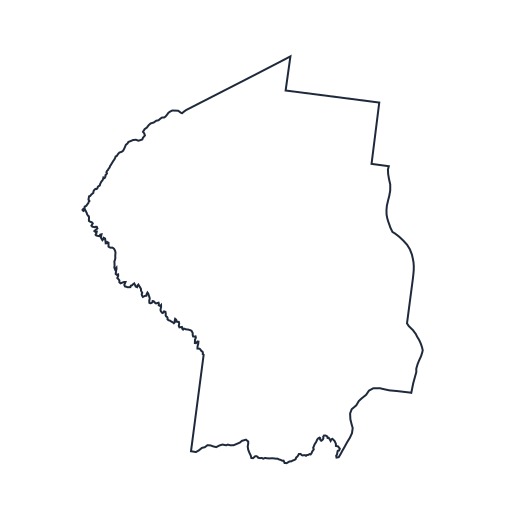 outline of Paoy Paet, Bântéay Méanchey, Cambodia, rotated 8°
{"feature_id": "14789045B48513904069909", "entity_name": "Paoy Paet", "entity_type": "district", "adm_level": 2, "iso_a3": "KHM", "parent_name": "Cambodia", "parent_adm1": "Bântéay Méanchey", "projection": "equal_earth", "projection_center": [102.631, 13.649], "detail": "fine", "context": "isolated", "style": "outline", "palette": "slate", "viewbox_px": 512, "rotation_deg": 8, "n_neighbors": 0, "source": "geoboundaries", "source_scale": "gbopen_adm2", "svg_char_len": 5735}
<svg xmlns="http://www.w3.org/2000/svg" viewBox="0 0 512 512"><g transform="rotate(8 256 256)"><path d="M262.3,53.5L258.6,56.2L225.2,79.9L166.6,121.1L164.8,122.8L162.9,124.9L161.7,124.6L158.8,123.0L156.2,123.2L152.8,123.6L150.9,124.9L149.3,126.4L148.4,128.2L147.0,130.5L145.8,131.6L143.6,132.0L142.4,133.1L140.5,135.2L138.4,135.9L136.2,138.0L134.3,138.9L133.3,139.3L131.5,141.4L130.0,144.1L128.1,145.8L126.8,148.8L128.3,150.2L129.2,152.1L127.6,154.6L127.2,156.4L125.1,157.5L123.4,158.2L120.9,157.6L118.0,158.3L116.1,159.5L113.7,160.9L113.1,162.5L111.7,163.9L110.7,167.6L109.8,170.2L108.5,171.5L106.3,172.6L105.0,174.5L104.4,176.1L103.1,177.0L102.9,178.4L102.3,180.1L101.4,181.8L100.2,184.6L99.6,186.1L99.0,187.1L98.7,188.8L97.9,190.0L97.4,191.5L96.6,192.5L96.2,193.9L96.9,194.8L96.4,196.0L95.7,196.8L95.8,198.4L95.2,199.9L94.0,199.5L93.9,200.8L93.4,202.6L92.5,203.8L92.1,205.0L91.6,206.6L91.5,207.9L90.6,208.6L89.8,209.4L89.5,210.9L88.8,211.9L87.7,211.9L86.8,212.9L86.1,214.4L86.1,216.2L85.2,217.1L84.3,218.1L83.5,219.6L82.4,220.1L82.3,221.8L82.3,223.6L83.4,224.7L82.8,225.7L82.5,227.1L81.7,228.4L81.0,229.9L79.5,230.9L79.6,232.5L78.5,233.3L77.8,234.5L78.8,235.4L80.4,234.1L81.5,235.7L82.4,237.0L82.9,238.1L84.0,239.5L84.9,239.9L85.4,241.6L85.4,242.9L85.7,244.5L86.8,245.1L88.8,245.5L89.8,246.4L88.8,248.9L89.9,249.8L91.1,249.8L92.5,249.9L93.3,249.3L94.3,249.3L95.1,250.8L94.2,251.9L93.4,252.7L92.5,253.8L93.8,254.6L94.9,254.2L94.8,255.5L94.2,257.3L95.0,257.9L96.6,258.1L98.3,258.2L98.8,256.5L100.0,256.0L99.9,257.4L99.7,258.7L100.2,259.9L101.7,261.7L102.5,260.5L102.6,259.2L104.1,259.7L104.9,262.4L105.4,264.4L106.4,264.2L106.8,262.9L108.1,263.4L108.4,265.3L108.6,267.2L109.8,267.8L111.0,268.0L112.5,267.7L113.3,268.0L113.5,268.1L114.4,268.6L115.8,270.5L116.4,272.3L116.5,274.0L116.6,275.5L117.0,277.6L116.9,279.4L116.5,281.1L116.9,283.0L117.3,285.4L117.3,287.1L118.3,288.9L119.4,287.0L119.7,288.5L119.4,289.8L119.6,290.9L119.5,293.2L120.6,294.0L122.0,293.4L122.3,294.9L121.7,297.1L122.9,298.0L124.1,299.2L124.4,301.1L125.7,301.9L126.9,301.2L128.7,300.2L130.4,299.9L129.9,301.8L129.6,303.0L130.5,304.4L131.9,304.5L133.0,304.8L134.4,304.6L135.9,304.3L136.2,302.8L137.3,302.3L138.3,301.0L139.2,300.1L140.3,301.6L141.1,303.0L142.6,303.4L142.8,301.7L143.5,300.7L144.1,301.5L145.1,302.6L146.0,303.7L146.7,304.7L146.9,306.2L148.5,308.4L148.1,309.6L148.6,311.0L149.7,312.3L150.6,311.6L151.6,311.0L153.0,310.6L153.0,309.0L153.6,307.3L154.5,308.2L155.1,309.5L155.9,311.0L156.7,312.8L156.5,315.3L157.0,317.3L158.0,317.5L158.9,317.1L159.9,316.3L159.9,315.0L160.9,315.0L161.9,315.7L162.8,316.6L163.6,316.9L165.2,316.1L166.0,315.8L166.5,317.0L166.5,318.3L168.0,318.9L168.8,317.8L169.1,319.6L168.9,322.6L169.5,324.0L171.2,325.5L172.1,325.0L172.7,323.6L174.1,323.9L174.7,325.8L174.8,327.4L175.5,328.4L176.4,328.7L177.1,329.7L177.2,331.1L178.4,331.8L179.9,332.0L181.2,332.7L182.8,333.2L184.0,334.0L184.9,332.8L184.5,331.3L184.7,329.5L185.8,330.2L186.3,331.2L187.0,332.2L188.7,332.0L189.4,333.7L189.2,335.9L190.1,337.3L191.4,336.9L192.5,336.6L193.1,338.3L194.0,339.0L194.7,337.9L195.7,338.1L196.7,338.4L198.2,338.3L199.2,338.3L201.1,338.6L202.5,339.0L203.4,340.2L204.0,341.1L204.4,343.3L204.9,344.4L206.2,344.4L207.3,344.0L207.8,345.3L207.2,347.5L207.4,349.0L207.6,350.7L208.7,350.7L209.3,349.8L209.9,348.8L210.9,348.8L211.0,351.1L210.8,352.5L210.7,353.9L210.9,355.8L212.1,355.7L213.1,355.7L214.1,356.5L215.3,357.8L216.3,358.1L216.9,359.3L216.9,360.5L217.9,361.1L218.8,458.4L220.3,458.4L223.8,458.5L226.3,456.6L228.0,454.8L229.2,453.5L231.9,452.5L234.3,450.1L237.3,449.9L240.1,450.5L243.2,450.8L246.2,448.7L249.0,447.4L252.8,447.6L254.3,446.7L256.7,447.0L260.2,446.5L266.0,443.0L267.8,441.0L271.6,439.3L274.1,440.8L274.4,442.9L274.3,445.8L275.2,448.8L276.8,451.7L278.6,454.4L279.5,456.7L281.2,456.6L283.1,454.4L284.3,454.2L285.5,454.6L286.2,455.5L288.1,455.6L289.8,455.2L291.4,455.7L293.1,454.7L294.6,454.8L297.4,454.6L300.3,454.0L304.4,453.9L305.6,453.7L306.8,454.2L308.9,454.5L310.5,455.1L311.8,454.8L312.5,456.0L313.1,457.0L314.1,456.9L315.1,456.9L317.0,455.4L317.8,454.8L319.6,454.4L320.7,453.5L322.5,452.6L323.6,451.5L323.8,450.0L324.9,448.8L325.5,447.6L326.0,446.1L327.7,445.8L328.8,446.7L329.9,447.0L331.1,446.6L332.3,446.4L333.3,446.9L334.1,446.0L335.4,445.7L336.7,444.7L337.7,444.9L338.4,443.7L338.9,441.7L339.6,440.5L340.1,439.4L339.3,438.0L339.8,436.3L340.2,434.4L341.5,431.7L342.0,429.7L342.6,428.4L343.3,427.7L344.2,427.0L345.0,427.5L345.0,428.8L346.3,429.9L347.0,429.3L347.8,428.3L348.1,426.8L347.7,425.6L348.3,424.3L349.9,424.1L351.7,424.8L352.2,426.2L353.3,425.9L354.6,427.4L355.6,428.7L356.1,427.1L357.1,426.4L359.6,428.3L361.2,430.8L361.6,433.0L363.7,433.1L365.8,435.1L365.4,437.0L364.1,437.5L363.9,438.9L363.9,440.2L363.8,441.5L363.2,442.7L363.8,444.4L365.9,443.7L366.6,442.1L367.4,440.2L368.7,436.6L370.1,433.2L372.0,428.1L374.3,422.8L375.7,418.1L375.7,412.9L374.0,409.1L372.2,404.6L371.1,398.8L372.1,394.4L376.1,389.9L378.0,385.3L380.6,382.1L384.4,378.1L386.6,373.6L390.5,370.7L397.0,369.7L401.4,370.1L406.9,370.5L414.5,370.1L427.8,369.8L428.8,369.9L429.4,360.3L429.9,356.2L430.9,348.7L430.4,345.2L431.1,340.5L432.0,336.9L433.4,332.2L434.1,328.0L434.2,326.1L433.2,323.5L431.9,320.8L430.4,318.2L428.8,315.9L426.8,313.5L425.1,311.0L422.8,308.7L421.9,307.7L419.7,306.1L417.0,304.1L414.9,301.7L414.5,256.7L414.4,252.7L414.2,248.6L413.7,244.3L412.9,240.5L411.6,236.6L410.2,232.9L407.4,227.9L404.1,223.9L399.8,220.3L395.3,217.1L390.6,214.4L387.8,213.2L385.0,209.0L383.7,206.4L382.4,204.0L380.7,200.3L379.5,196.7L378.8,192.3L378.6,187.9L379.1,182.2L379.6,177.8L379.8,172.5L379.0,166.6L377.0,161.3L375.5,156.6L374.6,152.0L375.0,148.6L357.6,148.7L356.7,86.9L262.3,88.0L262.3,53.5Z" fill="none" stroke="#1e293b" stroke-width="2"/></g></svg>